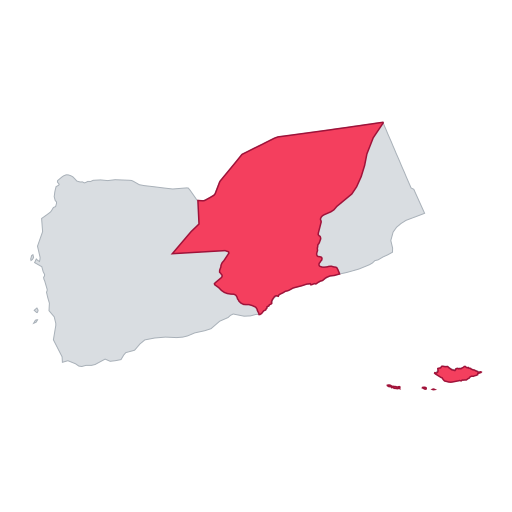 location of Hadramawt within Yemen
{"feature_id": "YEM-3497", "entity_name": "Hadramawt", "entity_type": "Governorate", "adm_level": 1, "iso_a3": "YEM", "parent_name": "Yemen", "parent_adm1": "", "projection": "orthographic", "projection_center": [51.058, 15.554], "detail": "fine", "context": "in_parent", "style": "filled", "palette": "rose", "viewbox_px": 512, "rotation_deg": 0, "n_neighbors": 0, "source": "natural_earth", "source_scale": "10m", "svg_char_len": 7471}
<svg xmlns="http://www.w3.org/2000/svg" viewBox="0 0 512 512"><path d="M424.6,213.3L405.9,220.4L401.0,223.5L396.5,227.3L393.1,232.1L390.8,240.5L392.6,248.1L392.5,252.2L387.6,254.9L383.1,256.9L378.0,259.9L374.9,260.6L372.4,263.0L369.5,264.7L359.0,269.0L347.4,272.3L329.1,276.3L322.0,280.6L315.5,283.6L305.7,284.4L292.2,288.4L284.7,291.7L275.4,296.9L273.3,298.6L271.6,302.6L268.7,305.9L263.1,311.5L258.8,314.3L256.0,314.4L250.5,315.9L244.1,316.2L233.2,314.0L230.4,315.4L228.1,317.5L219.7,321.2L211.0,328.7L204.8,330.7L194.7,332.9L187.6,335.9L182.8,337.1L176.7,337.6L165.4,337.1L154.7,338.0L144.8,339.9L140.0,343.9L134.6,350.2L125.8,352.6L123.8,354.9L121.0,359.6L115.3,360.7L110.2,361.3L105.1,359.1L95.1,364.5L91.4,365.4L85.8,365.4L81.8,366.5L78.9,366.1L75.4,363.7L67.9,360.7L62.4,362.3L62.1,356.8L53.4,339.8L55.8,325.4L55.8,323.4L54.2,316.8L49.0,310.7L49.4,303.2L47.8,297.8L46.5,292.2L47.1,290.8L47.2,289.5L44.7,280.9L43.9,279.1L43.6,277.3L44.5,276.0L44.6,274.4L43.2,271.8L41.8,266.7L34.6,262.6L36.3,259.0L37.6,260.3L39.5,261.5L40.0,259.1L40.1,257.4L37.5,246.2L42.6,231.7L41.6,218.5L48.7,213.4L50.6,211.9L51.6,210.5L53.4,207.5L55.6,206.6L56.5,203.5L56.5,201.9L55.2,200.5L54.2,196.7L54.8,192.1L55.2,190.1L56.1,186.6L58.6,185.3L59.2,184.3L57.4,182.0L57.6,180.6L61.9,177.0L63.5,175.9L66.2,174.8L68.3,174.9L70.7,175.7L72.8,176.8L74.8,178.8L76.9,181.1L80.2,182.0L82.5,181.9L84.3,182.9L85.9,182.4L87.8,181.4L90.6,181.5L93.2,180.3L100.6,179.9L107.7,180.6L115.1,179.7L122.5,180.0L129.9,180.3L131.6,180.5L133.2,181.2L139.3,184.7L144.1,185.6L153.6,186.7L163.9,188.0L172.7,189.0L180.2,188.4L186.5,187.9L188.2,188.0L190.0,190.1L193.7,195.4L197.1,200.3L203.4,200.7L207.4,198.9L211.9,196.4L214.6,194.5L217.8,186.6L219.9,181.5L224.6,175.8L228.6,171.0L233.8,164.7L236.7,161.2L242.3,154.2L247.7,151.6L258.0,146.4L268.1,141.4L274.7,138.1L280.2,136.6L289.5,135.4L300.5,133.9L311.5,132.4L323.1,130.8L336.1,129.0L345.1,127.7L356.4,126.1L365.9,124.7L374.3,123.5L382.9,122.3L384.5,126.1L386.2,130.0L387.8,133.9L389.5,137.8L391.2,141.6L392.8,145.5L394.5,149.4L396.1,153.3L397.8,157.1L399.5,161.0L401.1,164.9L402.8,168.8L404.5,172.6L406.1,176.5L407.8,180.4L409.5,184.3L411.1,188.0L413.8,189.3L415.4,192.9L417.7,198.0L420.0,203.1L422.3,208.2L424.6,213.3ZM451.8,369.1L454.1,369.6L457.6,368.2L467.8,367.8L480.2,372.0L477.9,373.2L476.5,374.7L471.1,376.2L465.8,379.7L450.2,381.5L445.6,380.6L441.8,377.5L434.8,373.3L437.6,370.6L438.1,369.4L439.1,368.2L443.1,366.2L447.0,366.4L451.8,369.1ZM37.7,311.8L37.1,312.6L36.5,312.4L34.2,310.3L36.9,308.0L38.1,310.2L37.7,311.8ZM32.2,259.7L31.0,260.5L30.7,259.0L31.6,255.6L32.9,254.7L33.6,257.3L33.0,258.6L32.2,259.7ZM36.1,322.2L33.6,323.3L35.4,320.2L37.2,319.7L37.6,319.8L36.1,322.2Z" fill="#d9dde1" stroke="#a8b0b8" stroke-width="1"/><path d="M382.9,122.3L383.2,122.9L373.2,137.8L366.9,153.9L364.6,165.5L361.2,176.6L356.6,186.8L351.8,194.0L336.8,206.4L333.9,209.8L330.9,211.8L324.4,214.6L322.8,215.5L321.9,216.3L321.1,217.3L320.5,218.8L320.5,219.7L320.9,220.5L321.2,221.9L318.3,233.2L318.2,234.6L318.8,235.4L319.3,235.9L320.1,236.4L320.5,237.4L320.7,238.8L319.3,242.7L318.7,243.8L318.0,244.5L317.7,245.9L317.7,246.9L317.3,248.0L317.4,249.0L317.5,250.0L317.5,250.7L317.2,251.5L316.9,252.5L316.6,254.0L316.9,255.4L317.6,256.3L318.7,256.6L319.8,256.7L321.4,257.2L321.7,257.6L322.0,258.3L321.8,259.9L321.4,260.5L320.8,261.0L320.1,262.2L319.5,262.9L319.1,263.6L319.0,264.3L319.0,265.0L319.2,265.6L319.8,266.3L322.1,267.1L324.0,267.2L326.9,266.9L327.9,266.7L328.7,266.4L331.3,266.2L333.7,266.9L335.8,267.2L336.7,267.6L337.3,268.6L337.7,269.4L338.1,270.1L338.4,271.1L338.8,271.8L339.0,272.5L339.4,273.1L339.4,273.8L339.5,274.0L334.1,275.5L330.1,275.9L326.5,277.4L325.5,278.0L322.7,280.4L322.1,280.7L320.6,281.0L318.4,282.2L316.0,283.9L315.4,283.9L314.7,283.6L313.8,283.8L312.2,284.5L311.5,284.7L311.2,284.8L310.8,284.8L310.6,284.0L310.3,283.6L310.0,283.6L309.4,283.8L307.0,284.0L301.6,285.8L293.3,287.9L288.9,290.3L287.3,290.9L285.6,291.2L284.8,291.6L283.3,292.6L280.1,294.1L278.7,295.1L278.3,296.3L278.0,296.3L277.4,295.9L276.7,295.7L275.8,295.8L275.0,296.2L274.4,296.7L272.5,299.4L271.8,300.8L271.4,302.4L271.7,302.6L271.8,303.0L271.7,303.5L271.1,304.0L269.5,304.7L269.2,304.9L269.0,305.8L268.4,306.2L267.8,306.3L267.1,306.6L267.0,306.9L266.9,307.2L266.9,308.1L266.7,308.3L266.5,308.5L266.2,308.7L265.8,309.8L265.2,310.2L263.7,310.8L261.5,313.6L260.7,314.0L260.1,314.4L259.8,314.6L259.6,314.6L259.3,314.5L259.0,314.5L259.0,314.2L258.9,313.7L258.6,312.9L257.6,311.0L257.3,310.4L257.3,309.7L256.9,309.0L256.4,308.1L255.6,307.1L252.1,305.5L248.9,304.6L246.0,304.6L243.5,304.4L240.8,303.0L238.9,301.1L238.4,300.0L237.5,298.8L237.2,297.5L236.4,296.0L235.7,295.1L234.7,294.6L233.8,294.2L231.0,294.1L227.2,293.5L224.3,292.4L221.4,290.4L218.8,287.7L214.7,284.7L214.4,283.7L215.3,282.7L221.5,277.5L222.1,276.4L222.1,275.3L220.5,273.1L219.6,272.2L219.6,271.2L219.7,270.1L220.9,266.8L220.9,265.9L221.3,264.5L222.2,262.6L223.9,260.7L228.9,253.1L228.5,251.8L225.1,250.6L172.3,253.7L191.2,231.5L199.0,224.0L197.9,200.5L202.8,200.8L204.0,200.7L205.1,200.3L209.8,197.7L214.0,195.2L215.2,193.7L217.8,186.9L219.6,182.1L220.3,180.9L224.0,176.4L229.6,169.6L235.6,162.3L239.0,158.1L241.9,154.5L242.8,154.0L247.6,151.6L253.9,148.4L261.1,144.9L267.4,141.7L272.8,139.0L274.4,138.2L277.9,136.9L282.6,136.3L288.6,135.5L294.5,134.7L300.4,133.9L306.3,133.1L312.2,132.3L318.1,131.5L324.0,130.7L329.9,129.9L335.8,129.0L341.7,128.2L347.6,127.4L353.5,126.5L359.4,125.7L365.3,124.8L371.2,124.0L377.1,123.1L382.9,122.3ZM478.6,372.4L479.6,372.2L480.4,371.8L480.8,371.8L481.3,372.1L480.8,372.6L479.7,372.9L478.9,373.2L478.2,373.3L477.7,373.6L477.7,374.7L476.1,375.4L474.8,375.7L473.3,376.3L471.6,376.2L470.2,376.8L469.9,377.1L469.2,378.1L468.8,378.3L467.8,378.8L466.7,379.7L466.2,380.0L465.1,379.9L463.3,380.1L462.7,380.0L462.0,380.2L461.2,380.9L460.3,380.7L459.7,380.5L458.6,380.8L456.9,381.1L452.4,382.0L450.7,382.2L448.5,382.0L446.4,381.4L444.6,381.0L443.8,380.2L443.2,379.5L442.6,378.7L442.1,377.8L441.1,377.5L439.5,376.5L435.5,374.0L434.6,373.2L434.8,372.7L435.8,373.0L436.6,372.9L437.4,372.4L437.6,372.2L437.7,371.9L438.0,371.2L438.1,370.8L437.8,368.5L438.4,368.3L439.0,368.2L440.6,367.9L441.0,367.3L441.4,366.7L441.7,366.3L442.5,366.2L444.5,366.6L445.8,366.7L446.7,366.6L447.6,366.5L449.1,367.9L451.8,369.8L453.5,370.2L454.9,370.6L455.7,369.6L456.0,368.7L457.1,368.4L457.8,368.5L458.5,368.8L459.7,368.6L461.0,368.7L462.4,367.8L462.9,367.6L463.8,367.0L464.2,366.5L465.2,366.4L465.7,366.9L466.3,367.3L467.1,367.8L467.7,367.7L468.1,367.4L468.3,367.5L468.7,367.9L469.0,368.3L469.7,368.3L470.6,368.4L471.0,369.0L471.6,369.3L472.9,369.8L474.4,370.1L476.0,371.0L476.8,371.2L478.6,372.4ZM395.9,386.6L397.0,387.1L399.1,386.6L399.7,386.7L399.9,387.1L399.4,387.3L399.0,387.7L399.3,387.9L399.7,388.6L398.6,388.4L398.1,388.5L397.5,388.7L395.7,388.4L394.0,388.3L393.8,388.0L393.4,387.4L393.2,387.4L392.9,387.4L392.1,387.6L391.7,387.7L391.1,386.9L391.1,386.7L390.8,386.8L390.1,386.5L389.6,386.6L389.1,386.7L388.9,386.5L388.7,386.4L387.5,385.8L387.3,385.3L387.9,385.1L388.4,385.0L389.4,385.0L390.5,385.3L391.7,386.1L392.5,386.4L393.1,386.3L394.2,386.5L395.9,386.6ZM424.9,387.4L425.5,387.4L426.1,387.8L426.2,388.4L426.2,388.9L425.7,389.1L425.1,389.2L424.0,388.7L423.2,388.1L422.4,387.9L422.5,387.5L423.1,387.3L423.6,387.4L424.0,387.2L424.4,387.2L424.9,387.4ZM432.4,389.4L433.1,389.1L433.8,389.1L434.3,389.3L434.7,389.5L433.5,389.7L432.9,389.6L432.4,389.4Z" fill="#f43f5e" stroke="#9f1239" stroke-width="1.5"/></svg>